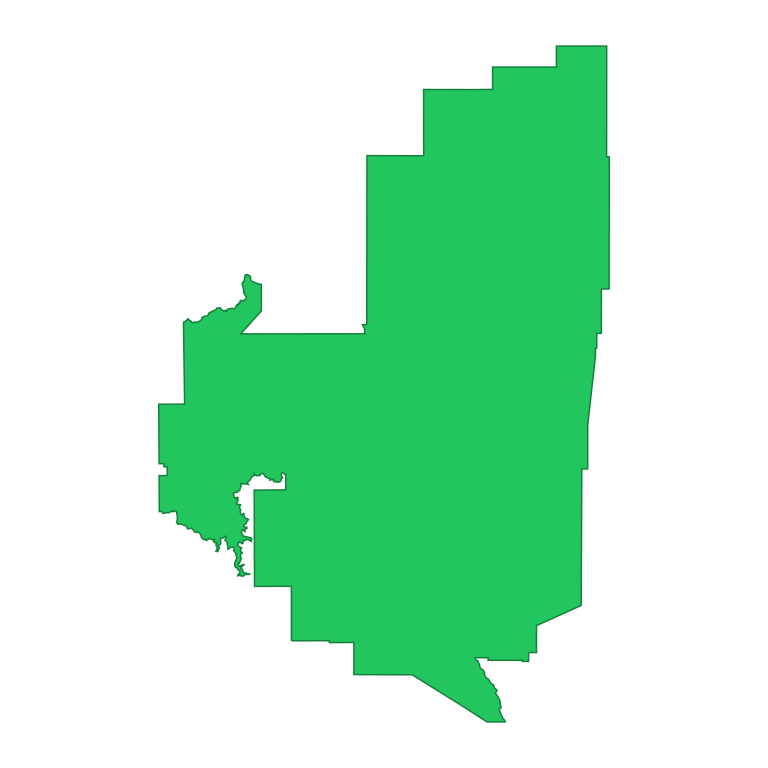 Collie, Western Australia, Australia (Equal Earth projection)
{"feature_id": "25037944B67416490528235", "entity_name": "Collie", "entity_type": "district", "adm_level": 2, "iso_a3": "AUS", "parent_name": "Australia", "parent_adm1": "Western Australia", "projection": "equal_earth", "projection_center": [116.035, -33.274], "detail": "fine", "context": "isolated", "style": "filled", "palette": "green", "viewbox_px": 768, "rotation_deg": 0, "n_neighbors": 0, "source": "geoboundaries", "source_scale": "gbopen_adm2", "svg_char_len": 6124}
<svg xmlns="http://www.w3.org/2000/svg" viewBox="0 0 768 768"><path d="M423.6,89.5L423.7,155.8L367.0,155.6L366.7,324.5L362.4,324.6L364.4,328.5L364.6,333.4L364.9,333.8L240.7,333.9L261.4,310.9L261.4,284.5L257.6,283.6L252.3,281.5L251.5,280.8L250.5,279.1L250.4,278.3L250.6,276.8L250.3,276.3L248.2,274.9L247.3,274.6L246.0,274.6L245.3,275.1L244.6,277.0L244.6,278.1L244.2,280.6L242.7,282.6L242.3,283.3L242.5,285.6L243.1,287.1L243.1,287.9L243.6,289.5L243.9,291.2L243.7,292.4L243.8,293.2L244.6,294.0L245.1,295.5L246.2,296.5L246.3,297.3L245.8,298.7L245.1,299.9L244.0,300.2L244.0,300.6L243.1,301.1L242.6,301.3L241.7,300.4L240.4,300.4L240.1,301.2L240.2,302.1L239.5,302.7L239.4,303.7L238.4,303.5L238.1,304.7L237.7,305.0L237.0,304.7L236.7,305.0L235.1,308.3L234.0,308.7L231.6,308.3L227.8,309.1L227.3,309.5L226.5,311.6L225.2,310.3L224.1,311.1L223.5,311.0L222.3,309.9L221.1,309.5L220.5,307.8L220.2,307.6L218.7,308.1L217.5,307.9L217.0,308.1L215.4,310.1L212.2,311.3L209.1,312.9L208.0,315.2L207.4,315.8L205.4,316.4L204.4,316.1L202.5,317.2L201.9,318.0L201.4,319.7L201.0,320.1L200.0,320.5L199.5,321.3L198.5,322.0L196.7,322.2L196.0,322.6L194.6,321.9L193.0,322.7L192.1,322.6L190.4,320.6L188.4,319.6L188.0,318.8L185.9,321.1L184.2,321.6L183.5,322.5L184.6,404.1L158.7,404.2L159.1,463.7L163.9,463.7L163.9,466.8L167.2,466.8L167.2,475.6L159.1,475.6L159.3,511.6L160.8,511.3L162.1,512.2L162.9,513.3L163.8,513.4L166.0,512.6L168.9,512.8L172.1,510.8L172.3,510.9L172.3,511.6L172.7,511.8L174.2,511.4L175.1,510.8L175.5,510.9L176.7,512.2L176.7,513.6L177.3,515.9L177.3,519.8L176.7,522.1L176.8,522.9L177.5,523.9L178.8,524.3L179.9,523.8L185.9,525.8L186.8,526.4L187.0,528.0L187.3,528.5L187.9,529.0L190.8,528.2L191.6,528.3L193.9,530.8L194.4,532.0L195.7,531.9L196.5,532.6L197.2,532.2L198.5,532.1L199.0,533.0L200.8,534.3L201.2,536.9L202.7,538.8L203.6,539.6L205.1,539.2L205.5,539.3L205.8,540.1L206.3,540.4L207.0,540.3L209.5,538.4L211.1,539.4L214.6,539.4L214.5,539.9L213.4,540.7L213.2,541.1L213.8,541.4L214.7,542.7L215.4,542.8L216.4,542.4L216.8,542.7L216.5,543.9L215.8,545.4L216.9,546.5L217.1,548.1L216.7,550.0L216.0,551.0L217.0,550.9L217.6,551.7L217.9,551.4L218.2,549.7L219.5,547.8L218.6,546.4L218.7,545.3L219.1,544.7L220.2,544.6L220.5,544.2L220.8,542.3L220.5,541.4L220.6,538.4L220.9,538.1L223.5,537.8L225.4,536.4L226.2,536.3L225.9,538.4L225.1,539.4L225.0,540.2L225.2,540.6L226.4,541.0L226.8,541.5L227.2,543.5L227.2,544.7L227.9,546.0L228.0,549.3L228.6,549.2L230.2,547.4L231.5,547.2L233.8,547.4L234.1,547.7L234.2,548.4L233.7,550.6L236.2,554.0L235.9,555.1L236.6,556.5L236.7,557.4L236.3,559.8L235.3,561.1L235.3,561.8L234.7,563.3L234.8,566.3L235.5,567.4L237.3,568.1L237.7,568.5L238.0,569.9L239.7,570.9L240.2,572.2L238.0,574.8L237.7,575.8L239.7,575.3L240.8,575.5L241.3,576.2L243.7,575.9L244.1,575.0L244.8,574.5L248.4,574.5L249.5,574.2L249.8,574.0L249.4,573.8L248.0,574.2L247.4,574.1L246.3,573.1L245.6,573.2L244.0,572.7L243.0,571.6L242.9,570.5L242.0,569.2L241.9,568.5L240.8,568.4L240.7,567.9L241.1,567.2L243.9,564.9L244.0,564.6L241.9,565.0L239.6,566.2L239.0,565.8L238.0,564.0L238.3,563.3L239.4,563.2L239.4,562.4L239.7,561.7L240.6,560.8L240.6,559.4L241.4,558.5L240.4,557.0L240.8,553.9L241.5,553.1L242.3,553.0L241.9,552.3L241.0,552.1L240.6,551.3L240.8,549.1L242.0,547.5L241.1,548.0L240.5,547.3L238.2,546.0L237.7,545.4L237.6,544.4L238.7,543.2L238.7,542.5L239.1,542.1L240.7,542.4L241.6,543.6L242.5,543.6L243.3,542.6L242.7,541.3L243.1,540.5L243.5,540.4L244.5,540.7L247.1,539.4L249.4,540.0L250.5,541.0L251.2,541.4L251.8,539.6L251.6,539.3L251.6,538.4L250.5,537.7L243.4,536.1L242.4,534.4L241.6,533.6L241.3,532.6L241.3,532.2L242.8,529.7L243.4,529.8L244.7,531.4L245.1,531.5L245.0,529.8L245.2,529.1L247.2,528.0L246.8,527.5L243.9,526.5L243.6,526.2L243.5,525.7L244.3,524.6L245.2,524.3L246.4,523.1L246.6,521.8L248.5,519.6L247.5,518.6L245.7,518.7L245.1,518.1L243.9,515.1L243.9,513.8L243.7,513.5L243.1,513.8L242.5,514.8L241.9,515.1L241.3,514.5L240.4,513.0L240.1,511.7L240.8,510.1L240.0,509.0L239.4,507.4L240.0,505.7L240.7,505.0L240.6,504.6L237.8,504.4L236.4,503.7L237.9,500.7L238.0,499.9L237.0,499.5L237.2,498.7L238.0,498.0L238.1,497.6L237.2,497.4L236.0,497.8L234.7,497.8L233.9,496.5L234.0,495.1L233.6,494.7L233.5,494.0L233.6,493.1L234.0,492.5L237.2,492.4L239.4,490.2L240.0,489.9L240.0,488.2L241.1,486.6L240.8,484.5L240.9,483.5L242.4,483.9L244.6,483.7L246.0,484.3L246.5,483.8L248.3,484.3L247.6,483.4L247.6,482.2L248.8,481.3L249.6,480.3L250.4,479.9L250.7,478.7L251.7,477.0L252.4,476.5L252.8,475.9L253.9,475.8L253.9,475.1L254.3,474.7L254.2,473.8L255.5,475.2L257.3,475.8L257.7,475.6L259.7,475.6L259.8,474.8L260.3,474.8L260.7,474.1L261.5,473.7L262.8,473.5L263.7,474.2L265.7,477.2L266.6,477.3L268.0,478.1L269.7,478.6L270.3,479.4L269.9,479.8L270.0,480.3L270.7,480.1L271.6,479.5L273.2,479.3L273.0,479.9L273.5,480.8L273.6,481.6L274.8,481.3L275.8,482.0L276.7,481.6L277.4,482.1L278.4,482.2L280.2,481.6L281.2,480.1L281.3,478.4L282.6,477.9L281.8,476.3L281.5,474.4L281.2,473.8L281.4,473.3L282.3,472.7L283.0,472.7L283.7,473.0L284.7,474.4L285.8,474.1L285.7,489.9L254.2,490.1L254.5,586.4L291.4,586.3L291.4,640.2L292.4,640.2L292.4,640.8L329.3,640.7L329.3,642.6L353.9,642.5L353.9,674.6L412.2,674.8L462.0,705.8L487.0,721.9L505.3,721.9L504.6,720.2L502.9,718.5L502.1,716.3L501.0,714.9L500.5,712.4L500.0,711.6L499.4,709.6L499.7,708.8L500.3,708.5L500.9,707.9L501.1,706.6L500.1,704.3L500.2,702.3L499.9,702.3L499.7,700.4L499.9,700.2L499.8,699.9L498.2,697.8L497.8,696.2L496.1,694.3L495.7,693.4L495.7,692.4L496.8,691.0L496.9,689.9L494.7,688.3L493.9,686.9L493.8,685.5L493.4,684.7L493.0,684.5L492.3,684.7L491.5,684.0L489.8,681.2L488.8,680.1L488.2,678.8L486.6,678.3L486.0,677.7L484.7,675.4L484.5,672.6L483.5,670.6L482.7,669.7L481.6,669.2L480.6,668.3L479.7,666.4L479.6,665.0L478.5,662.6L478.3,661.3L475.6,659.6L475.3,659.0L475.0,657.7L488.1,657.7L488.1,660.3L522.6,660.3L522.4,661.4L528.6,661.4L528.6,652.6L536.5,652.6L536.5,625.6L581.2,605.4L581.8,468.9L587.7,468.9L587.7,425.2L595.4,356.6L595.5,348.7L596.7,348.4L596.8,333.4L601.3,333.4L601.4,289.0L609.1,289.0L609.3,156.8L606.6,156.8L606.7,46.1L556.4,46.1L556.4,67.0L492.6,67.0L492.6,89.4L473.9,89.6L423.6,89.5Z" fill="#22c55e" stroke="#15803d" stroke-width="1.5"/></svg>